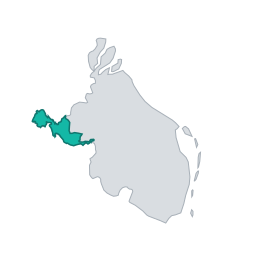 where Limburg sits in Netherlands, rotated 111°
{"feature_id": "NLD-898", "entity_name": "Limburg", "entity_type": "Province", "adm_level": 1, "iso_a3": "NLD", "parent_name": "Netherlands", "parent_adm1": "", "projection": "mercator", "projection_center": [5.902, 51.263], "detail": "fine", "context": "in_parent", "style": "filled", "palette": "teal", "viewbox_px": 256, "rotation_deg": 111, "n_neighbors": 0, "source": "natural_earth", "source_scale": "10m", "svg_char_len": 5435}
<svg xmlns="http://www.w3.org/2000/svg" viewBox="0 0 256 256"><g transform="rotate(111 128 128)"><path d="M156.2,219.6L152.2,219.5L148.5,219.4L146.5,219.0L144.4,218.1L143.5,216.2L142.3,213.8L142.6,212.4L146.1,208.4L146.6,207.2L146.3,206.6L146.6,204.8L149.3,198.8L149.6,196.3L148.4,194.6L146.7,193.6L141.1,191.8L138.4,189.2L137.2,187.0L135.9,186.4L134.1,187.1L129.5,188.0L125.7,186.8L121.2,182.5L120.2,178.8L119.6,175.9L118.5,174.9L117.0,176.4L115.1,178.7L111.4,179.0L110.3,178.4L110.1,177.1L109.9,175.9L108.9,174.3L107.8,173.5L103.0,177.8L101.2,177.8L99.0,176.2L97.9,174.5L95.4,175.4L93.3,177.5L94.0,181.3L92.8,182.0L90.1,181.6L87.1,180.0L83.6,179.1L78.5,176.5L71.2,178.6L66.2,176.1L62.1,175.8L59.5,173.8L56.7,170.4L58.7,168.1L60.6,167.3L68.2,166.9L73.8,168.3L83.7,175.7L86.3,175.6L88.9,174.7L87.6,172.7L85.1,171.7L81.4,169.7L78.4,166.9L85.3,166.0L84.4,164.5L83.5,162.0L76.1,153.4L77.4,151.0L79.2,145.9L81.5,141.7L83.4,140.6L86.4,137.6L92.9,128.8L97.1,121.7L100.2,113.1L104.7,89.5L106.1,85.4L108.3,80.9L111.0,81.8L112.9,83.1L119.7,79.7L131.3,70.9L134.7,63.2L138.1,59.6L151.4,52.7L158.8,50.6L170.2,50.0L178.4,48.8L188.3,48.3L192.1,52.6L194.2,55.8L197.8,57.5L203.2,58.7L202.9,65.0L202.9,77.2L202.5,79.3L200.1,84.5L197.5,93.7L196.8,99.7L196.0,100.8L185.6,100.8L184.2,101.8L184.0,103.1L184.5,104.7L184.2,106.2L183.4,107.5L183.9,109.5L185.7,111.7L188.9,113.1L192.4,113.3L194.2,113.0L195.6,114.6L196.9,117.1L196.8,120.2L196.2,124.4L194.6,128.3L189.8,132.7L187.7,134.3L185.7,135.1L184.7,136.3L184.3,137.7L184.4,139.1L187.8,142.6L187.7,143.4L186.7,145.3L185.4,147.0L176.6,150.6L173.0,150.3L170.9,152.1L170.3,152.5L168.0,150.8L162.9,148.9L161.0,149.6L159.9,150.6L156.7,151.9L154.4,153.9L154.4,156.4L158.5,163.0L159.9,164.3L160.0,166.7L161.9,169.8L163.9,173.6L164.2,176.1L163.9,178.5L162.9,182.0L159.4,190.2L159.3,191.8L159.6,192.9L160.8,193.3L161.7,193.9L161.5,195.0L154.9,200.6L154.0,201.6L151.2,201.3L150.8,202.3L151.2,203.8L152.3,205.1L154.6,205.8L156.7,207.3L158.3,210.1L156.2,219.6ZM87.1,180.0L86.5,182.4L85.0,185.0L79.8,188.8L74.4,191.2L71.6,190.9L69.7,189.6L68.7,188.3L65.8,187.0L61.8,186.3L59.3,187.7L57.6,189.1L56.0,188.8L54.9,187.7L54.0,186.0L52.8,180.6L55.8,179.6L62.2,179.2L67.1,181.1L73.7,182.0L78.6,179.5L82.6,181.7L87.1,180.0ZM76.2,157.8L80.0,161.3L80.9,162.4L81.1,163.6L76.3,164.9L71.1,160.7L67.7,161.7L66.4,159.7L66.4,158.5L70.0,157.4L76.2,157.8ZM112.9,72.5L109.0,77.1L106.6,75.9L105.9,74.8L107.1,71.2L112.9,65.2L112.9,72.5ZM130.0,52.0L126.4,52.5L124.7,51.6L133.5,49.0L139.1,48.2L140.1,48.5L130.0,52.0ZM153.6,47.2L145.9,48.2L143.3,47.4L142.9,46.7L145.0,46.2L151.6,46.1L153.6,46.8L153.6,47.2ZM121.5,57.1L114.3,61.9L113.7,61.1L118.4,56.9L121.5,57.1ZM185.1,39.0L181.5,39.3L182.5,37.5L185.9,36.2L187.7,36.2L185.1,39.0ZM169.4,43.8L163.9,46.0L162.6,45.5L162.9,44.9L167.8,43.5L169.4,43.8Z" fill="#d9dde1" stroke="#a8b0b8" stroke-width="1"/><path d="M154.3,157.4L154.1,157.6L154.0,158.3L154.4,158.5L155.5,158.5L156.0,158.7L156.9,159.3L157.3,159.7L156.7,161.5L157.6,162.7L160.3,163.8L159.8,165.2L159.6,166.1L159.8,166.9L162.4,170.5L164.0,172.3L164.2,174.4L164.4,175.5L164.3,176.8L164.0,178.1L163.9,179.3L164.5,180.0L164.3,180.5L164.2,181.9L164.0,182.7L163.6,183.2L162.6,183.9L162.2,184.3L160.2,188.0L159.3,189.0L158.9,189.7L158.6,191.0L158.5,192.4L158.8,193.5L159.7,194.0L161.6,192.7L162.5,193.0L162.2,193.2L161.3,193.9L162.1,194.7L161.6,195.5L159.3,196.7L155.7,199.5L155.2,200.1L154.4,201.7L154.0,202.2L153.2,202.3L152.7,201.8L152.3,201.2L151.7,200.9L150.6,201.5L150.8,202.9L151.5,204.7L151.5,206.3L152.0,206.2L153.0,205.7L153.6,205.5L154.1,205.6L155.1,206.0L156.5,205.8L156.6,206.1L156.4,206.6L156.2,207.1L156.3,208.0L156.4,208.5L156.7,208.9L157.6,209.4L158.9,209.9L158.8,210.1L158.6,210.5L158.5,210.9L158.9,212.2L158.8,212.7L158.6,213.3L158.2,213.8L157.3,213.7L156.8,214.0L156.4,214.7L156.4,215.2L156.5,215.8L156.3,216.5L155.8,217.0L155.2,216.9L155.3,217.7L155.6,218.2L156.0,218.5L156.3,218.8L156.2,219.6L155.4,219.8L152.6,219.7L152.1,219.6L151.7,219.4L148.3,219.5L147.9,219.2L147.1,218.3L146.7,218.2L146.4,218.5L145.9,219.1L145.8,219.4L145.3,219.5L144.9,219.4L144.2,219.0L144.6,217.6L144.7,216.8L144.1,216.6L143.2,216.2L142.3,215.6L141.7,214.7L141.6,213.3L144.4,210.1L144.9,209.9L145.4,209.8L145.5,209.6L146.0,208.9L146.7,207.4L147.2,206.7L146.8,206.4L146.4,206.4L145.5,206.7L147.1,204.2L147.7,202.7L147.2,202.0L147.3,201.1L147.5,200.5L147.8,200.3L148.2,200.7L148.5,200.3L148.7,199.9L149.0,199.0L148.9,198.8L148.9,198.6L148.8,198.1L149.2,198.2L149.6,198.1L150.0,198.0L150.4,197.7L149.5,196.8L149.6,196.1L150.2,195.5L150.1,195.2L149.7,194.4L149.0,194.4L147.8,194.7L147.3,194.2L146.5,193.1L145.9,192.7L145.4,192.7L143.7,193.0L143.1,193.0L142.6,192.7L142.3,192.3L141.7,191.9L139.5,191.2L138.9,190.7L139.5,190.4L140.5,190.1L140.8,190.1L141.1,190.0L141.4,189.7L141.6,189.3L141.9,187.2L142.6,185.9L142.9,185.5L143.7,184.4L147.5,183.3L150.3,182.4L151.5,182.1L152.4,181.3L153.8,180.1L152.9,178.1L151.5,176.3L150.7,172.7L150.1,168.7L151.5,168.9L152.9,169.4L153.4,169.4L154.5,169.2L156.4,168.5L156.8,168.6L157.7,169.3L158.3,168.7L158.3,168.2L158.1,167.7L157.6,165.8L157.5,165.6L157.4,165.3L156.6,164.0L156.3,163.7L155.9,163.4L155.7,163.1L156.0,162.5L155.3,161.8L154.8,159.6L154.2,159.1L152.6,158.9L152.0,158.5L151.7,157.7L151.8,157.0L151.0,156.6L151.0,155.7L151.4,155.5L151.8,155.4L152.0,155.4L152.1,155.5L152.3,155.7L153.0,156.7L153.1,156.8L154.1,157.5L154.2,157.4L154.3,157.4Z" fill="#14b8a6" stroke="#0f766e" stroke-width="1.5"/></g></svg>